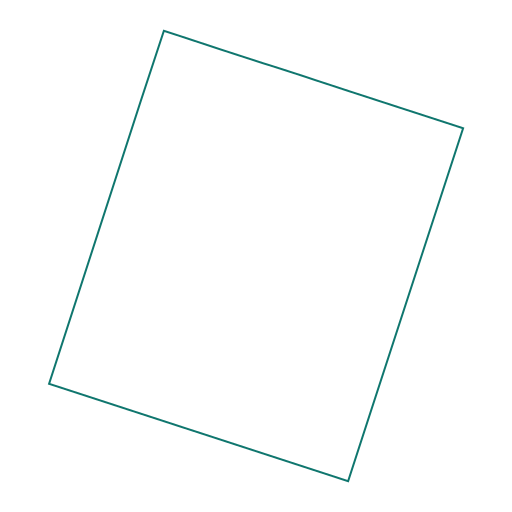 outline of Nemaha, Kansas, United States of America, rotated 18°
{"feature_id": "52423323B42184125186885", "entity_name": "Nemaha", "entity_type": "district", "adm_level": 2, "iso_a3": "USA", "parent_name": "United States of America", "parent_adm1": "Kansas", "projection": "robinson", "projection_center": [-96.08, 39.783], "detail": "fine", "context": "isolated", "style": "outline", "palette": "teal", "viewbox_px": 512, "rotation_deg": 18, "n_neighbors": 0, "source": "geoboundaries", "source_scale": "gbopen_adm2", "svg_char_len": 396}
<svg xmlns="http://www.w3.org/2000/svg" viewBox="0 0 512 512"><g transform="rotate(18 256 256)"><path d="M98.8,70.3L98.5,144.1L98.7,441.5L240.6,441.6L413.2,441.7L413.2,367.3L413.5,70.5L347.6,70.5L294.9,70.5L258.2,70.4L248.8,70.3L229.6,70.3L208.9,70.4L203.0,70.5L177.9,70.5L163.0,70.5L158.0,70.5L112.0,70.3L109.5,70.3L98.8,70.3L98.8,70.3Z" fill="none" stroke="#0f766e" stroke-width="2"/></g></svg>